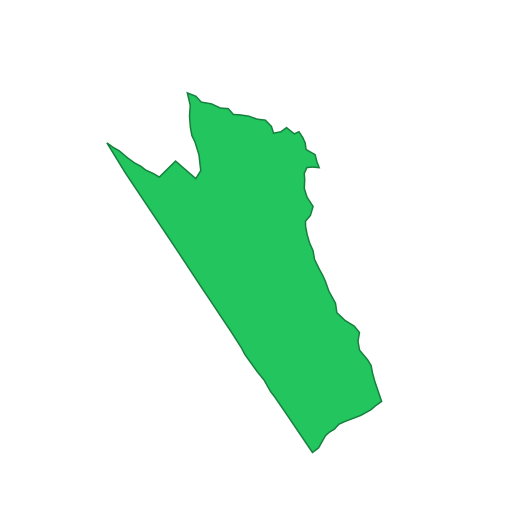 outline of Indianópolis, Paraná, Brazil, rotated 306°
{"feature_id": "56859067B61003865995307", "entity_name": "Indianópolis", "entity_type": "district", "adm_level": 2, "iso_a3": "BRA", "parent_name": "Brazil", "parent_adm1": "Paraná", "projection": "equal_earth", "projection_center": [-52.659, -23.482], "detail": "fine", "context": "isolated", "style": "filled", "palette": "green", "viewbox_px": 512, "rotation_deg": 306, "n_neighbors": 0, "source": "geoboundaries", "source_scale": "gbopen_adm2", "svg_char_len": 1319}
<svg xmlns="http://www.w3.org/2000/svg" viewBox="0 0 512 512"><g transform="rotate(306 256 256)"><path d="M257.0,376.8L256.2,365.8L257.7,354.7L264.5,348.1L270.4,335.6L276.4,326.9L279.7,321.0L282.5,315.1L287.6,305.4L293.7,299.2L298.2,291.5L303.3,284.9L309.0,278.8L313.2,275.6L320.7,276.2L329.6,273.1L333.6,262.7L339.0,255.4L346.3,250.6L351.2,246.5L357.5,245.2L361.3,249.6L364.6,255.2L367.7,250.3L372.7,244.3L371.6,233.9L376.5,229.2L379.3,224.2L381.8,217.7L377.3,215.2L377.8,205.2L371.1,203.1L365.7,198.0L369.9,192.3L371.4,183.7L367.3,176.4L364.9,168.0L360.7,160.0L357.2,154.5L358.9,146.9L354.8,140.3L352.9,130.5L348.3,121.2L349.9,113.5L347.6,104.6L339.2,114.3L330.2,119.9L321.4,127.4L315.7,133.4L312.4,139.6L304.3,150.4L292.6,161.1L283.2,161.8L285.5,135.1L263.0,131.4L262.4,124.7L260.7,116.4L260.9,109.9L259.9,103.2L259.9,94.6L260.7,83.5L259.9,76.5L259.9,68.9L246.4,101.5L213.8,189.9L199.3,228.4L196.2,236.8L192.8,246.1L186.1,264.1L180.1,280.4L173.2,297.9L169.7,305.1L163.1,325.1L160.3,335.6L154.8,347.7L153.0,353.9L146.8,371.4L130.2,417.2L137.5,419.4L151.4,417.8L156.3,418.8L162.0,421.2L168.5,421.9L174.7,425.4L188.5,434.4L199.0,439.3L205.0,440.7L212.2,443.1L224.4,425.8L230.0,418.8L235.0,413.6L237.6,407.4L240.7,395.1L247.0,388.6L254.9,384.7L257.0,376.8Z" fill="#22c55e" stroke="#15803d" stroke-width="1.5"/></g></svg>